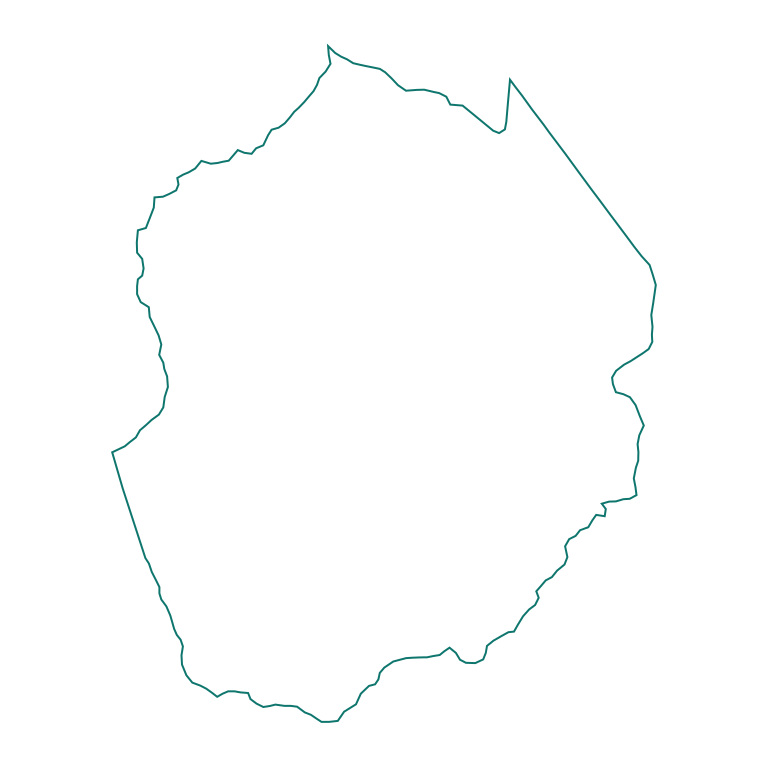 Ocara, Ceará, Brazil
{"feature_id": "56859067B33853151624364", "entity_name": "Ocara", "entity_type": "district", "adm_level": 2, "iso_a3": "BRA", "parent_name": "Brazil", "parent_adm1": "Ceará", "projection": "natural_earth1", "projection_center": [-38.509, -4.524], "detail": "fine", "context": "isolated", "style": "outline", "palette": "teal", "viewbox_px": 768, "rotation_deg": 0, "n_neighbors": 0, "source": "geoboundaries", "source_scale": "gbopen_adm2", "svg_char_len": 2955}
<svg xmlns="http://www.w3.org/2000/svg" viewBox="0 0 768 768"><path d="M250.5,699.1L256.5,703.6L263.3,707.0L269.8,706.0L275.4,704.6L284.6,705.9L291.0,705.9L297.1,706.7L304.8,712.4L310.9,714.8L315.9,718.2L321.5,721.9L328.8,721.9L337.8,720.9L344.1,711.7L356.0,704.3L360.8,693.7L369.0,685.9L375.1,684.3L378.4,679.4L379.8,672.9L384.3,667.6L393.3,661.5L406.2,658.1L412.8,657.7L420.3,657.4L427.1,657.3L433.0,656.1L439.7,655.0L444.4,651.2L449.5,647.7L455.9,652.9L460.0,659.7L465.9,662.8L475.3,663.1L483.2,659.4L485.8,652.9L487.0,645.9L493.4,640.7L501.2,636.2L508.4,632.2L514.0,631.6L517.9,624.7L523.1,616.2L529.3,609.3L535.1,605.0L538.7,597.8L536.3,591.3L540.7,586.3L545.7,580.4L551.9,577.1L557.1,570.6L564.5,564.5L567.4,557.1L565.1,546.3L569.2,539.1L575.6,535.9L580.1,530.2L588.3,527.2L592.3,520.4L596.2,514.9L604.7,516.2L605.8,509.0L601.8,503.7L609.1,501.6L615.9,501.4L623.4,499.2L629.7,498.8L636.5,495.1L635.5,487.3L633.8,478.4L635.9,467.7L638.2,460.8L638.4,452.0L637.6,444.1L639.3,435.3L643.8,425.5L639.9,416.3L635.6,405.1L629.9,397.2L623.4,394.2L615.9,392.2L612.9,384.0L612.1,377.5L616.1,370.8L624.0,364.7L630.5,361.2L636.7,357.2L642.6,353.4L648.7,349.0L652.3,341.9L651.9,334.7L652.5,326.9L651.3,315.0L653.2,303.1L655.8,285.0L652.6,274.2L649.6,265.0L641.6,256.2L634.4,247.0L627.6,237.8L616.7,223.2L610.6,215.1L600.3,201.2L591.5,189.5L579.2,172.8L565.1,153.5L549.2,132.4L543.6,124.6L532.2,109.7L521.9,95.4L515.5,87.1L510.0,79.7L507.9,103.3L507.2,111.4L506.3,122.0L504.9,129.4L499.1,133.1L493.2,130.7L479.7,119.6L462.6,105.6L450.3,104.6L446.3,96.7L439.2,93.1L433.9,92.0L424.2,89.7L416.9,89.9L406.0,90.7L398.0,85.2L391.6,78.4L385.2,72.3L379.9,68.9L373.2,67.5L366.1,66.1L360.1,64.8L353.2,63.2L347.0,59.3L341.2,56.7L335.2,53.0L328.1,46.1L328.8,55.0L330.5,63.8L325.6,71.6L319.4,78.0L317.0,84.9L313.5,91.2L309.5,95.8L304.1,102.2L298.6,107.9L294.2,111.8L289.8,117.5L284.8,123.3L278.6,127.7L271.6,129.7L268.1,135.2L263.3,145.3L256.1,148.3L251.6,153.8L244.3,152.8L237.8,150.1L233.1,155.6L228.7,160.7L223.1,161.7L217.5,163.0L210.8,163.7L201.4,160.9L195.2,168.5L188.7,172.3L183.2,174.6L177.3,178.0L178.5,184.5L176.2,190.3L169.1,194.0L163.0,196.7L154.5,197.4L153.8,207.6L150.0,217.5L145.9,228.0L137.9,230.3L136.8,242.3L137.1,252.7L142.2,258.9L143.6,268.5L142.2,275.6L137.9,279.3L137.1,286.1L137.1,294.2L140.7,302.1L148.8,307.2L149.7,317.0L154.2,326.2L158.6,335.4L161.3,344.5L159.2,354.9L163.3,362.7L164.3,369.0L167.1,376.4L167.9,387.0L164.7,397.0L163.3,407.4L158.9,414.6L151.5,420.0L145.9,425.2L140.0,430.2L135.9,437.4L129.8,442.1L124.8,446.3L117.7,449.7L112.2,452.3L122.7,488.4L145.4,558.1L148.9,563.5L151.8,572.0L156.2,580.6L159.4,587.1L159.4,593.4L161.3,599.5L166.4,606.4L170.3,615.5L172.4,622.7L174.1,628.8L176.8,634.9L180.6,639.7L182.9,646.4L181.5,655.3L182.0,664.6L186.4,675.3L192.3,682.6L200.3,685.6L206.3,688.7L212.3,693.0L217.2,696.8L222.6,693.7L228.2,691.3L234.4,691.3L240.5,692.4L248.1,693.0L250.5,699.1Z" fill="none" stroke="#0f766e" stroke-width="2"/></svg>